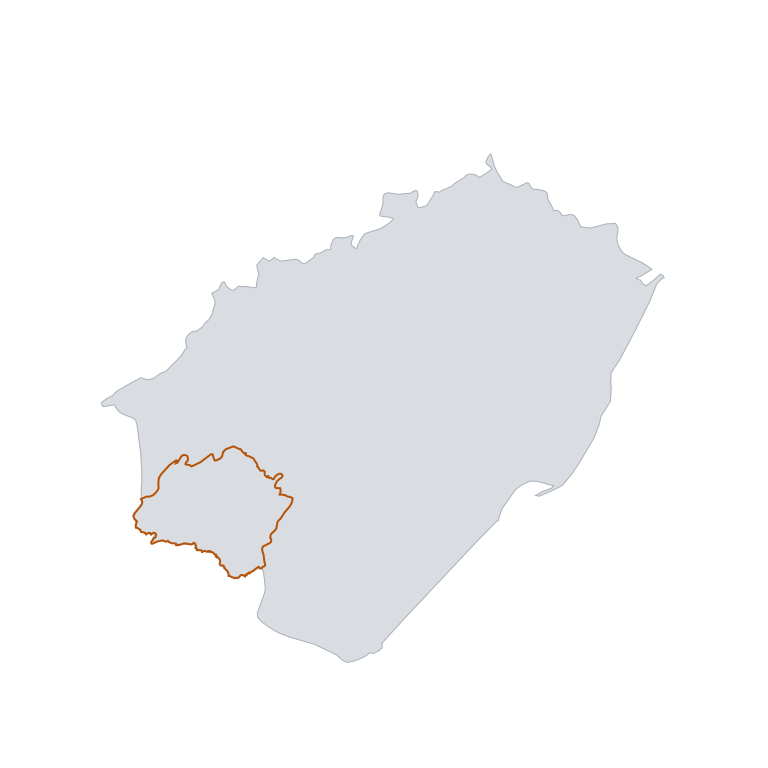 Poland, with Lublin highlighted, rotated 131°
{"feature_id": "POL-3151", "entity_name": "Lublin", "entity_type": "Voivodeship", "adm_level": 1, "iso_a3": "POL", "parent_name": "Poland", "parent_adm1": "", "projection": "equal_earth", "projection_center": [23.045, 51.304], "detail": "fine", "context": "in_parent", "style": "outline", "palette": "amber", "viewbox_px": 768, "rotation_deg": 131, "n_neighbors": 0, "source": "natural_earth", "source_scale": "10m", "svg_char_len": 7512}
<svg xmlns="http://www.w3.org/2000/svg" viewBox="0 0 768 768"><g transform="rotate(131 384 384)"><path d="M627.0,408.5L630.0,413.3L631.2,417.1L630.0,420.0L630.3,423.0L641.4,435.8L645.6,445.2L648.2,448.8L654.3,453.6L654.9,455.5L652.5,457.3L648.9,458.0L647.9,459.7L651.7,464.1L654.4,471.5L654.2,477.6L652.1,479.2L649.5,482.8L647.7,486.1L633.2,488.4L629.8,492.0L621.8,498.9L616.4,502.8L608.4,510.0L595.7,522.3L577.2,543.2L574.1,548.0L574.7,551.9L578.0,561.2L578.7,565.4L578.1,569.3L577.0,572.7L577.1,574.3L585.1,580.7L585.3,582.0L584.7,583.7L583.0,585.1L576.9,583.7L570.1,581.0L567.7,581.3L564.1,580.7L548.9,575.5L538.7,571.5L537.7,568.9L535.8,565.1L531.5,561.9L521.5,559.2L517.5,557.0L501.3,555.8L494.3,555.8L489.3,556.7L486.1,556.6L481.6,562.2L478.6,563.8L474.2,564.0L470.3,563.0L466.4,560.0L460.1,558.5L455.5,559.2L452.2,558.6L449.3,558.4L448.3,559.0L445.9,558.9L442.5,560.3L438.8,562.3L434.7,563.9L431.5,567.1L428.6,573.5L420.7,570.7L418.0,571.9L414.2,572.7L411.7,571.9L412.3,569.7L413.6,567.2L413.6,563.7L412.9,559.9L410.5,558.6L406.8,558.2L404.9,557.4L404.7,556.1L402.9,554.5L399.7,550.4L396.8,545.3L394.7,543.8L391.5,546.2L386.7,549.0L383.8,549.9L378.0,557.9L367.8,558.1L367.3,554.4L366.3,550.9L360.4,550.0L360.3,547.9L359.2,542.6L347.6,532.4L346.3,528.1L346.8,526.4L346.1,523.7L343.5,522.1L334.2,520.1L331.8,521.3L329.6,520.1L326.3,517.7L320.5,515.7L319.9,514.6L317.8,512.9L316.6,512.7L315.8,513.7L314.0,515.2L307.9,517.1L305.5,516.3L303.4,514.7L301.0,511.1L297.4,508.0L294.4,506.9L292.8,505.3L292.5,504.0L299.2,501.4L300.8,498.8L300.1,494.0L299.1,493.4L296.4,495.0L290.8,496.4L285.6,497.1L283.0,497.1L268.7,488.4L259.3,485.7L253.7,484.9L253.1,485.8L255.4,490.7L259.6,496.8L259.3,498.4L250.9,501.9L247.3,504.0L244.2,506.9L241.6,508.2L239.4,507.9L237.1,506.5L231.4,497.6L224.0,490.7L223.2,489.2L220.8,488.8L217.5,487.3L216.5,485.2L218.3,483.0L220.7,481.0L224.9,479.8L226.2,478.6L227.0,476.9L228.6,474.6L228.2,473.8L225.4,471.2L221.2,468.8L209.2,470.6L205.8,471.9L204.0,470.3L202.8,467.8L199.8,467.3L195.7,465.1L190.9,462.9L186.1,462.3L176.3,459.1L172.5,458.9L170.3,457.9L168.1,455.5L166.3,452.9L165.5,447.6L158.3,445.2L151.1,443.7L150.5,444.4L150.6,449.8L150.0,452.6L145.1,454.4L140.3,454.5L140.6,453.7L146.9,444.0L149.7,438.0L153.2,427.0L150.2,418.3L149.5,414.3L147.9,412.3L138.2,408.1L137.5,406.6L139.4,400.9L138.7,398.5L136.5,396.0L133.6,391.0L132.6,386.7L136.9,381.7L140.2,373.0L141.9,369.4L139.4,367.5L138.8,364.7L139.8,360.8L138.5,357.8L135.1,355.9L133.0,353.4L132.1,350.3L133.2,345.4L136.3,338.7L131.1,330.7L117.4,321.3L111.0,314.8L111.8,311.1L115.0,307.7L120.6,304.7L125.0,299.3L127.7,292.9L128.2,287.2L123.1,268.7L122.4,264.1L121.7,257.0L133.8,260.9L138.8,263.1L138.3,260.7L137.4,258.5L138.3,255.4L138.2,250.7L127.2,248.3L119.8,247.5L119.2,244.3L120.0,242.2L122.0,243.4L129.2,243.9L147.5,237.6L178.8,229.5L212.1,221.8L219.8,221.0L227.6,219.4L230.6,216.5L233.5,214.6L238.2,209.6L248.5,201.8L266.1,199.0L272.8,195.3L286.6,190.2L318.0,184.4L331.0,183.1L343.7,182.9L354.9,187.5L366.7,193.1L368.7,196.5L362.3,194.4L353.0,189.4L349.5,189.1L357.1,204.6L361.4,210.0L370.2,214.1L377.7,215.5L400.9,213.0L409.2,209.8L411.6,208.1L413.7,208.9L443.9,210.7L549.1,214.8L579.4,215.4L581.2,215.0L584.3,212.4L588.1,212.7L592.5,214.3L594.6,215.5L595.5,216.9L596.0,218.5L598.5,218.8L602.9,220.0L608.9,222.7L613.7,225.4L618.2,229.2L619.7,233.5L619.8,238.4L619.5,241.6L626.1,265.8L636.5,288.1L640.4,298.8L641.9,304.6L643.2,313.0L643.6,318.8L643.6,322.2L642.8,326.7L639.8,329.4L619.9,337.1L616.2,339.5L610.3,345.6L604.9,351.8L603.6,353.9L603.3,355.3L604.5,357.4L611.6,360.7L618.8,363.4L621.2,365.4L626.5,368.0L628.4,370.3L629.5,372.3L629.4,377.0L627.1,383.4L628.1,388.3L625.7,391.5L623.7,395.1L623.4,401.5L627.0,408.5Z" fill="#d9dde1" stroke="#a8b0b8" stroke-width="1"/><path d="M603.4,355.4L603.8,355.7L604.4,356.4L604.5,357.3L604.1,358.5L605.3,359.1L609.3,359.9L610.1,359.7L610.8,360.2L614.2,361.2L615.4,361.3L615.4,361.7L615.0,362.4L615.1,362.5L615.9,362.3L616.6,362.5L617.1,362.9L617.6,363.0L618.4,362.3L618.6,362.6L619.1,362.9L619.5,363.2L620.4,362.6L620.6,363.1L620.5,363.9L620.3,364.1L621.8,366.5L622.9,366.8L625.5,366.7L626.5,367.2L626.8,367.7L627.1,368.3L627.5,368.7L628.0,368.9L628.6,369.3L628.9,370.1L628.9,370.8L629.4,371.7L630.2,374.3L630.8,375.5L629.9,376.0L629.2,376.9L628.2,378.8L627.8,380.1L627.8,382.3L627.5,383.1L627.8,383.2L627.8,383.6L627.2,383.9L627.0,385.4L626.4,385.9L627.2,387.2L628.2,388.3L627.6,389.9L626.6,390.7L625.4,391.2L624.5,392.1L624.3,392.6L624.1,393.3L623.8,394.9L624.0,395.3L624.3,395.8L624.5,396.2L623.9,396.4L623.7,396.6L623.9,397.0L624.2,397.5L624.5,397.8L623.8,398.5L623.5,398.7L623.0,398.7L623.0,399.2L623.6,399.8L623.7,400.4L623.4,402.3L623.6,403.3L624.1,404.3L625.3,405.9L624.9,405.9L624.5,405.9L625.2,407.0L626.1,407.3L626.9,407.6L627.1,408.5L627.2,409.0L627.6,409.9L628.4,410.4L629.4,410.7L630.2,411.1L629.4,412.5L629.4,413.0L631.7,415.6L632.1,416.4L631.5,416.6L631.1,417.1L631.1,417.8L631.4,418.8L630.4,419.1L629.4,419.9L628.7,420.9L628.4,421.9L628.7,423.4L629.6,423.7L630.7,423.7L631.6,424.2L634.7,429.5L635.9,430.7L638.8,432.2L641.4,434.3L642.0,435.1L641.1,435.5L640.9,436.2L641.7,437.5L643.2,439.3L643.7,440.3L644.3,443.2L644.3,443.6L644.1,444.2L644.5,444.5L645.2,444.7L645.9,445.1L646.5,445.8L646.7,446.4L646.7,447.0L647.0,447.9L647.9,449.0L651.6,451.8L656.3,453.8L657.0,454.7L656.3,455.9L654.6,456.2L652.8,456.2L651.7,456.6L650.2,456.0L648.7,456.1L647.4,456.9L646.7,458.1L646.8,459.5L647.7,460.4L649.0,460.8L650.5,461.0L650.5,461.4L649.8,462.7L650.6,463.7L652.1,464.5L653.6,464.8L653.3,466.4L653.7,467.9L655.1,470.6L653.9,472.4L654.5,475.8L654.9,476.7L655.2,476.9L655.1,477.1L654.4,477.9L653.4,478.8L649.8,480.3L649.7,481.1L649.7,482.5L649.7,483.4L649.4,484.2L648.2,486.5L645.3,487.5L635.2,487.6L633.3,488.1L632.4,488.5L631.6,489.1L631.0,490.1L630.3,492.0L624.7,489.3L622.9,487.1L619.4,485.3L615.3,485.0L612.1,485.2L610.7,485.7L606.1,489.9L602.5,492.3L598.3,493.0L585.8,492.7L578.2,490.9L577.6,489.9L579.5,489.5L580.4,489.1L578.9,488.3L571.2,489.5L569.2,488.8L567.8,487.0L567.4,485.2L568.3,483.8L569.7,482.3L571.4,481.8L573.2,482.0L574.7,481.3L574.1,479.6L572.7,477.6L572.6,476.6L572.7,475.6L572.2,475.0L563.4,471.2L550.5,468.5L549.5,467.1L552.1,463.3L552.8,461.5L551.1,460.2L549.1,459.3L547.0,458.6L544.8,458.7L541.1,460.8L537.0,460.6L529.7,456.6L529.4,455.1L528.1,450.8L528.0,450.1L527.8,449.9L527.6,449.8L527.3,449.6L527.2,449.2L527.3,448.7L527.6,448.4L527.6,448.2L528.1,445.2L527.9,443.8L526.9,443.2L526.9,442.7L527.3,442.6L527.8,442.5L528.2,442.2L528.4,441.7L528.2,440.8L526.9,438.1L526.5,435.9L526.0,434.6L525.9,434.1L526.0,433.3L526.2,432.7L526.6,431.6L527.7,427.3L528.4,426.2L528.9,425.8L529.5,425.7L529.4,424.3L530.1,422.2L530.4,420.2L528.3,418.1L528.4,416.4L529.7,415.6L531.0,414.1L531.1,411.3L529.4,411.1L529.4,410.6L530.3,409.9L530.1,409.0L529.1,407.8L529.0,406.8L529.0,406.0L528.8,405.4L528.0,404.9L527.5,404.9L526.1,405.4L525.1,405.5L522.3,405.0L520.8,404.4L520.0,403.7L519.3,402.7L519.2,402.0L519.8,400.3L521.8,399.8L523.8,400.5L527.8,401.0L531.7,399.9L533.1,398.9L533.4,397.3L530.7,393.9L532.8,391.6L535.9,390.2L534.0,387.9L532.6,385.3L532.4,383.5L531.4,381.7L530.5,379.7L530.2,378.0L534.1,375.7L538.3,374.8L546.2,374.8L553.7,373.7L556.5,374.1L558.4,373.6L563.7,370.5L565.8,370.3L571.8,370.8L574.8,368.9L575.1,367.8L575.5,367.0L576.4,366.2L577.4,365.7L579.6,366.1L586.0,368.7L588.1,368.0L590.0,366.2L591.5,363.4L596.7,357.5L598.5,354.9L599.2,354.7L600.2,354.9L601.9,355.7L602.9,355.7L603.4,355.4Z" fill="none" stroke="#b45309" stroke-width="2"/></g></svg>